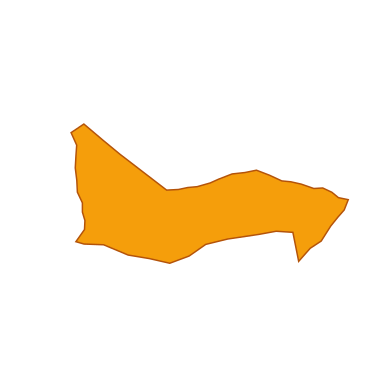 the district of Duas Estradas, Paraíba, Brazil, rotated 325°
{"feature_id": "56859067B33614214723351", "entity_name": "Duas Estradas", "entity_type": "district", "adm_level": 2, "iso_a3": "BRA", "parent_name": "Brazil", "parent_adm1": "Paraíba", "projection": "mercator", "projection_center": [-35.391, -6.717], "detail": "fine", "context": "isolated", "style": "filled", "palette": "amber", "viewbox_px": 384, "rotation_deg": 325, "n_neighbors": 0, "source": "geoboundaries", "source_scale": "gbopen_adm2", "svg_char_len": 758}
<svg xmlns="http://www.w3.org/2000/svg" viewBox="0 0 384 384"><g transform="rotate(325 192 192)"><path d="M269.7,306.3L286.0,299.5L297.0,296.3L306.4,294.0L315.6,287.9L308.7,280.6L306.4,272.4L301.4,263.7L293.8,259.0L286.0,248.2L278.8,240.3L271.9,234.4L265.1,222.7L257.3,211.1L246.5,206.4L235.2,200.2L221.4,196.8L212.0,195.0L199.3,190.6L191.1,185.9L182.4,182.2L172.3,175.9L154.6,119.6L148.8,98.6L142.4,74.3L127.0,74.0L124.4,87.5L118.0,95.4L110.2,105.3L104.3,116.4L98.0,126.4L96.0,138.0L90.7,145.6L87.9,154.0L82.4,161.1L68.4,166.1L73.7,172.7L89.3,184.5L103.5,207.0L118.9,222.1L132.9,237.6L152.9,242.8L173.2,242.8L194.3,251.0L222.5,265.1L238.4,272.4L251.5,282.9L239.6,310.0L256.6,305.9L269.7,306.3Z" fill="#f59e0b" stroke="#b45309" stroke-width="1.5"/></g></svg>